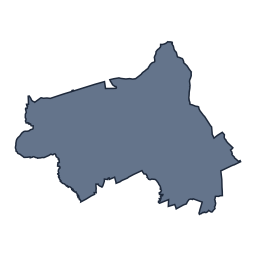 the district of Tibana, Iasi, Romania
{"feature_id": "2599482B79460431929745", "entity_name": "Tibana", "entity_type": "district", "adm_level": 2, "iso_a3": "ROU", "parent_name": "Romania", "parent_adm1": "Iasi", "projection": "equal_earth", "projection_center": [27.326, 46.993], "detail": "fine", "context": "isolated", "style": "filled", "palette": "slate", "viewbox_px": 256, "rotation_deg": 0, "n_neighbors": 0, "source": "geoboundaries", "source_scale": "gbopen_adm2", "svg_char_len": 5794}
<svg xmlns="http://www.w3.org/2000/svg" viewBox="0 0 256 256"><path d="M240.6,161.7L240.1,160.6L238.5,161.4L238.0,160.9L235.5,158.7L234.6,158.1L234.4,157.2L232.2,154.9L231.9,154.1L232.2,153.6L231.7,151.7L230.8,150.7L230.5,150.0L232.0,148.9L232.9,147.8L227.6,142.7L226.2,140.9L226.0,140.0L225.4,139.6L224.4,138.1L224.2,137.3L224.4,134.7L222.3,132.3L217.5,135.3L214.0,138.1L213.3,136.6L213.2,136.1L212.8,135.8L212.5,134.9L212.2,134.5L212.1,132.7L211.6,126.9L210.5,125.7L204.6,116.5L203.4,115.3L199.9,110.7L199.0,108.8L198.6,106.9L197.8,106.5L195.6,106.2L192.1,104.8L190.2,104.4L190.2,104.1L189.9,103.8L190.0,103.6L189.8,103.2L189.9,102.7L189.6,101.5L189.3,101.1L189.1,100.5L189.3,100.1L188.9,99.4L189.0,98.5L188.8,98.1L189.1,95.0L189.2,92.2L189.8,88.4L189.9,87.3L189.7,86.6L190.0,86.2L190.0,85.2L189.5,81.3L189.7,79.9L190.1,78.9L190.3,78.8L191.2,75.8L191.2,75.0L191.1,72.3L191.3,72.0L189.1,69.1L187.0,65.8L183.7,62.7L183.6,62.2L183.7,61.7L183.2,60.2L182.5,58.8L182.1,58.5L180.8,58.1L180.1,57.7L177.5,56.9L177.3,56.4L176.3,52.3L174.7,50.6L174.0,49.2L173.4,46.4L173.1,45.7L172.3,44.6L171.8,43.2L172.3,43.2L172.3,42.6L172.1,42.2L170.5,41.9L168.4,41.9L167.8,41.7L166.2,43.1L164.6,43.9L162.3,44.5L160.6,44.4L160.6,46.5L160.3,47.2L158.6,49.0L157.7,49.5L156.0,51.7L156.0,52.8L155.7,54.3L155.0,55.6L154.3,57.3L154.4,57.5L154.8,60.3L154.7,61.6L154.5,61.8L154.1,62.1L152.2,62.7L150.5,64.2L149.5,65.6L149.4,66.1L148.5,67.2L148.5,67.6L147.7,68.8L146.6,69.4L144.8,71.0L142.7,72.5L141.7,73.6L141.4,74.2L135.6,78.7L132.7,79.1L129.6,78.6L125.9,79.0L120.8,78.4L119.0,77.9L114.0,78.7L109.8,79.7L110.3,80.9L111.8,83.3L112.6,84.8L115.1,86.6L115.9,86.5L116.4,87.4L116.3,88.1L115.5,88.4L105.5,88.5L104.5,81.6L94.9,84.3L73.5,91.0L73.2,90.2L72.1,90.5L72.5,91.3L63.5,94.0L50.3,98.4L46.9,98.0L43.2,98.3L41.6,97.8L40.7,97.9L34.7,102.3L34.2,101.8L33.0,101.4L31.7,100.4L30.7,98.2L29.2,96.0L28.2,96.2L28.5,104.2L26.5,104.3L26.8,105.6L27.1,105.5L27.4,105.6L27.6,106.2L27.2,107.3L27.2,108.0L27.1,108.4L26.7,108.6L25.9,108.2L25.5,108.9L26.3,112.3L26.2,112.6L25.4,114.1L25.3,115.2L25.4,116.2L25.2,117.0L25.4,118.0L25.8,118.3L26.0,119.2L25.8,120.3L25.4,120.9L26.2,123.0L27.3,122.6L28.5,122.9L29.3,123.4L28.5,123.8L28.9,124.1L30.6,124.1L31.1,125.7L33.2,125.9L33.1,128.4L32.7,129.1L30.7,129.6L28.7,131.0L28.0,131.0L27.3,131.3L25.6,131.2L24.1,131.4L23.3,131.9L21.8,133.1L19.8,136.0L18.0,137.6L16.8,139.3L16.4,140.4L15.9,143.2L15.9,144.8L15.4,147.3L15.5,148.3L16.0,149.6L16.0,151.1L17.1,151.8L17.6,153.0L17.9,153.4L20.3,154.4L21.5,155.5L22.7,156.2L23.6,157.1L24.1,157.4L27.3,157.3L30.0,156.9L30.2,157.8L32.5,157.1L32.9,156.7L33.9,156.7L35.9,157.6L37.3,157.8L37.6,158.2L39.3,157.9L39.9,158.0L42.1,157.5L44.0,157.6L48.8,155.5L50.8,154.2L51.6,154.4L52.3,154.8L53.4,154.6L54.0,154.0L54.7,153.8L55.0,153.9L55.7,154.6L56.0,156.1L56.3,156.7L58.7,158.6L58.8,158.9L58.3,159.3L58.4,159.6L58.8,159.6L59.1,159.9L59.3,161.7L59.0,161.9L59.0,162.1L59.2,162.5L57.9,162.8L57.8,163.0L58.0,163.6L57.9,164.1L57.7,164.5L57.6,166.1L58.6,166.3L59.1,166.2L59.7,166.6L60.0,167.4L59.9,168.1L59.2,168.2L58.9,169.4L58.4,169.9L58.3,171.0L58.3,171.7L58.8,172.9L58.7,173.3L58.5,173.6L57.7,173.8L57.7,174.1L58.4,174.5L58.8,175.8L58.9,175.5L59.1,175.6L59.0,176.6L58.5,176.8L58.6,177.2L58.8,177.5L59.3,177.7L59.2,177.9L59.4,178.8L60.8,180.7L60.2,181.1L60.6,181.6L61.4,182.1L61.7,182.6L62.2,182.9L62.8,183.4L64.3,183.8L66.0,185.3L66.3,185.8L67.0,185.7L67.0,186.0L67.3,185.9L67.6,186.1L67.6,186.4L67.8,186.6L68.0,186.4L68.3,186.6L68.1,187.2L68.2,187.3L68.4,187.2L68.6,186.8L68.9,186.6L70.4,187.1L71.6,188.3L71.7,189.2L72.3,188.8L72.5,189.0L72.3,189.2L72.7,189.4L73.0,189.3L73.1,189.6L72.9,189.8L73.2,190.2L72.8,190.5L73.5,191.1L74.2,191.1L74.5,191.8L74.9,192.0L75.9,191.9L75.9,192.5L76.9,193.4L77.3,194.6L77.2,195.0L77.4,195.3L77.6,195.0L77.9,195.0L78.3,195.3L78.5,195.7L77.8,195.7L77.6,195.9L77.8,196.5L78.5,196.8L78.4,197.0L78.6,197.4L78.2,197.7L78.3,197.8L79.4,198.3L79.5,198.7L79.3,199.3L79.4,199.6L80.3,199.9L80.7,200.6L80.9,201.3L80.8,201.9L86.1,199.1L91.4,195.8L94.6,194.3L94.2,192.6L96.2,192.7L96.0,190.8L96.2,188.4L95.9,185.5L96.0,184.1L98.1,184.2L98.0,184.6L99.1,185.6L100.4,186.4L101.2,186.5L101.6,187.0L102.3,186.9L103.1,185.1L103.3,184.4L104.3,181.4L104.4,179.1L107.6,179.5L108.0,178.3L109.1,177.9L109.4,179.4L114.6,177.2L115.8,181.5L116.1,183.3L120.2,181.7L120.6,181.2L121.4,180.9L121.6,180.6L127.6,178.0L128.6,177.1L133.7,174.4L141.9,170.6L143.0,172.5L143.5,173.0L143.7,173.7L144.0,173.9L145.8,174.1L146.4,174.4L146.6,175.3L147.2,175.9L147.3,176.7L147.0,177.2L148.2,178.4L148.6,179.2L150.1,179.7L151.7,179.1L155.0,179.4L155.6,179.7L156.8,180.9L157.4,181.9L157.9,182.3L158.9,184.3L160.3,186.4L160.4,187.5L160.8,188.1L160.8,188.4L160.2,188.8L160.2,189.2L160.9,189.6L161.4,190.3L161.4,190.7L161.1,191.4L160.8,191.6L160.5,192.6L160.1,192.7L159.6,192.5L159.3,192.6L159.2,193.2L159.5,193.9L159.5,194.5L161.5,194.7L161.9,194.4L162.9,194.5L162.5,195.7L160.8,196.0L160.4,196.6L160.4,196.8L161.0,197.3L160.9,198.8L159.2,198.6L159.2,198.8L159.7,199.3L160.3,200.3L160.2,200.9L159.9,201.1L158.9,201.0L158.5,201.2L158.5,202.4L159.6,203.2L168.6,199.6L168.3,206.4L174.7,204.5L175.6,206.8L176.2,208.9L183.7,204.8L186.4,203.9L187.2,202.1L188.9,199.6L190.9,199.0L192.6,199.5L193.1,198.8L202.2,202.1L200.7,207.2L199.8,210.1L199.4,212.0L199.0,212.9L199.1,213.7L199.4,214.3L199.9,213.9L200.5,213.9L201.3,213.6L202.9,212.4L203.6,212.6L204.3,212.1L205.0,212.5L206.2,212.5L206.7,212.3L207.7,211.6L208.7,210.4L210.8,211.8L211.3,212.0L212.3,211.8L213.4,210.2L215.0,208.6L214.5,206.8L215.2,205.8L215.7,203.0L215.3,202.4L215.1,200.6L214.6,199.7L215.0,198.8L215.4,196.4L216.6,196.3L218.8,196.4L219.8,195.8L222.4,195.6L222.3,193.9L222.3,191.9L222.0,187.3L221.8,179.5L220.8,170.9L231.7,165.7L233.4,165.0L234.0,164.9L240.6,161.7Z" fill="#64748b" stroke="#1e293b" stroke-width="1.5"/></svg>